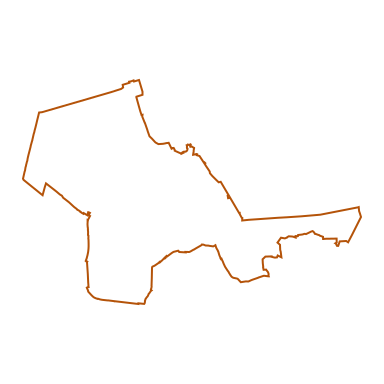 the district of Nijkerk, Gelderland, Netherlands
{"feature_id": "6326949B35923239833945", "entity_name": "Nijkerk", "entity_type": "district", "adm_level": 2, "iso_a3": "NLD", "parent_name": "Netherlands", "parent_adm1": "Gelderland", "projection": "albers", "projection_center": [5.5, 52.215], "detail": "fine", "context": "isolated", "style": "outline", "palette": "amber", "viewbox_px": 384, "rotation_deg": 0, "n_neighbors": 0, "source": "geoboundaries", "source_scale": "gbopen_adm2", "svg_char_len": 5654}
<svg xmlns="http://www.w3.org/2000/svg" viewBox="0 0 384 384"><path d="M39.1,112.5L37.1,120.6L36.5,123.2L35.4,127.7L35.2,128.4L35.0,129.1L34.6,130.6L34.3,132.1L33.7,134.0L32.6,138.8L32.4,139.5L32.4,140.0L32.0,141.2L31.5,143.0L30.7,145.9L30.6,146.7L29.5,151.0L28.5,154.8L28.1,156.5L27.9,157.3L27.6,158.7L27.3,160.8L26.9,161.8L26.5,163.5L26.1,165.0L26.0,165.8L25.5,167.4L25.0,170.7L24.7,171.3L24.5,172.1L24.1,173.9L23.2,177.9L23.0,178.7L23.5,179.7L23.6,179.9L32.6,187.2L37.7,191.3L40.9,193.9L42.6,195.2L43.8,190.8L44.8,187.1L46.0,183.4L56.5,191.6L59.9,194.5L61.9,195.7L63.2,197.8L64.8,199.0L68.9,202.2L73.9,206.8L75.3,207.9L76.8,209.0L76.9,209.3L77.1,209.6L78.0,210.1L78.4,210.2L80.5,211.7L80.4,211.9L81.0,212.3L82.0,213.0L83.4,213.8L83.7,213.1L87.4,215.3L87.6,214.3L88.2,212.2L89.2,212.5L89.9,212.9L89.6,213.3L88.7,215.3L90.0,216.0L89.6,216.7L89.0,218.0L87.9,219.9L87.8,220.6L87.9,220.8L87.8,221.0L87.6,220.8L87.6,222.6L87.5,224.1L87.6,225.9L87.7,227.2L87.8,227.3L87.9,228.4L87.9,229.4L88.0,229.8L87.9,230.0L88.1,232.0L88.0,235.1L88.4,235.5L88.4,238.3L88.3,238.8L88.5,239.5L88.6,244.0L88.6,246.3L88.5,248.5L88.4,249.7L88.1,252.2L87.5,255.2L86.8,257.8L86.8,258.0L85.7,261.0L86.2,261.4L86.8,261.3L87.3,261.6L87.0,262.1L87.8,273.9L88.2,282.7L88.4,285.0L88.4,286.4L88.6,287.0L87.4,287.3L86.8,287.7L87.6,289.5L88.1,290.7L88.2,291.6L91.2,294.9L92.5,296.2L93.4,297.0L94.3,297.6L95.9,298.3L97.6,298.9L97.9,298.7L100.0,299.4L102.0,299.8L107.3,300.4L108.2,300.4L113.8,301.1L114.3,301.3L114.6,301.3L114.6,301.2L138.4,304.0L138.4,303.3L144.2,303.9L144.5,303.5L144.8,302.8L144.9,301.9L145.0,301.5L144.9,300.9L145.1,300.4L145.3,299.9L145.3,299.7L145.5,299.0L145.9,298.6L146.1,298.2L146.7,297.3L147.4,296.6L147.7,296.2L148.3,294.9L148.6,294.2L148.7,293.8L149.3,293.3L149.7,292.6L150.8,291.1L151.1,290.7L151.6,290.4L151.4,290.2L150.9,289.9L150.9,289.4L151.4,288.0L151.6,286.7L151.6,285.8L151.5,285.2L151.6,284.7L151.6,284.2L151.6,283.8L151.6,283.7L151.8,277.9L152.0,267.8L152.2,267.0L152.4,266.7L153.2,266.3L154.4,265.8L156.2,264.6L159.1,262.6L159.4,262.7L159.7,262.5L159.3,262.2L159.6,261.9L159.8,262.1L161.9,260.6L164.5,257.9L164.9,258.4L165.8,257.6L165.9,257.3L165.6,256.9L166.6,255.9L167.2,256.4L171.9,252.9L173.5,251.9L178.2,250.7L178.7,251.2L179.2,252.0L185.6,252.4L185.5,251.9L189.2,252.0L190.4,251.5L193.3,249.8L193.7,249.6L193.9,249.6L196.0,248.3L200.4,245.8L201.8,244.9L202.0,244.5L202.4,244.6L203.2,244.6L203.6,244.7L205.6,245.5L208.5,245.6L209.2,245.8L213.2,246.4L213.5,246.3L215.4,245.2L216.2,247.6L216.6,248.5L217.9,250.7L217.9,251.0L218.3,251.7L219.1,254.4L219.5,255.6L220.6,258.1L220.5,258.3L221.0,259.2L221.5,259.0L221.6,258.9L222.2,260.3L222.8,261.5L223.6,263.6L225.1,266.8L227.7,270.8L228.0,271.1L228.7,272.1L228.8,272.5L230.2,274.7L230.3,275.0L230.7,275.4L231.1,276.1L231.5,276.6L232.1,277.1L232.6,277.4L233.1,277.7L233.8,277.9L236.8,278.5L237.6,278.8L238.3,279.4L238.5,279.7L239.9,281.2L240.8,282.2L245.2,281.5L245.9,281.4L248.2,281.5L248.6,281.4L251.2,280.2L252.5,279.7L258.0,277.8L258.4,277.6L258.5,277.5L258.9,277.4L263.7,275.8L264.4,275.8L268.1,276.3L268.7,276.3L268.4,275.4L268.6,274.7L268.5,273.5L268.0,272.2L267.7,271.7L266.6,270.4L266.1,269.6L263.6,269.8L263.1,267.4L263.2,267.2L263.1,266.9L263.2,266.6L262.8,263.3L262.6,259.3L265.4,256.6L271.3,256.4L271.2,256.7L274.3,257.5L275.0,257.6L277.0,257.4L277.7,255.5L281.4,257.3L281.1,254.9L280.7,251.7L280.2,249.9L280.0,244.8L279.8,244.6L277.5,242.6L281.0,237.7L284.9,238.4L287.1,237.5L287.2,237.2L288.7,236.3L292.1,236.5L293.2,236.7L295.7,237.6L295.7,237.4L295.3,236.9L295.3,236.5L295.4,236.1L295.5,236.1L295.8,236.0L297.3,236.3L297.6,236.2L297.9,236.1L298.1,235.0L299.7,234.8L300.8,234.7L302.3,234.5L303.1,234.3L304.2,233.9L305.2,233.9L306.0,234.1L306.6,233.8L308.7,232.8L311.1,231.6L312.3,231.2L312.6,231.1L313.4,231.7L314.3,232.7L314.8,233.8L315.2,233.9L315.3,233.8L316.9,234.4L318.3,234.9L319.1,235.1L319.7,235.5L319.9,235.7L323.0,236.8L323.1,239.0L323.4,239.0L323.4,238.8L323.9,238.8L336.6,238.6L336.7,242.5L335.4,243.3L335.9,243.6L336.6,245.1L337.0,245.5L337.1,245.9L338.2,245.9L339.7,241.4L346.2,241.0L348.1,242.3L351.9,235.1L361.0,217.0L360.0,213.7L359.1,211.1L358.7,207.1L358.2,207.3L320.3,214.7L301.5,216.3L286.5,217.3L277.5,217.8L273.3,218.1L259.2,219.1L248.9,219.8L242.2,220.5L242.3,218.0L241.8,217.9L239.8,214.2L239.7,212.9L239.1,213.0L230.1,197.7L230.1,197.8L228.1,198.2L227.7,195.8L228.9,195.7L220.7,181.8L218.7,182.3L216.3,180.0L212.3,176.0L210.0,173.3L209.9,173.1L209.7,171.5L206.0,166.0L204.5,163.6L205.2,163.1L204.4,162.3L203.9,162.7L199.5,156.0L196.8,155.2L197.1,154.2L196.6,154.0L193.1,154.8L193.1,154.5L193.2,154.4L193.4,152.7L193.6,152.2L193.7,150.0L194.0,148.8L194.1,148.2L194.1,147.9L193.9,147.8L192.9,147.3L191.9,146.6L191.4,146.6L190.3,146.8L190.2,146.7L190.8,144.7L190.5,144.3L189.0,145.0L188.0,144.6L187.9,144.9L186.7,145.2L187.0,146.4L186.9,147.5L187.0,148.2L187.5,148.6L187.4,149.8L186.8,150.9L186.1,151.4L185.9,151.4L185.6,151.7L185.2,151.7L184.5,151.7L183.8,151.7L182.9,152.1L182.6,152.3L183.2,152.9L181.3,153.8L181.2,153.5L178.9,152.6L174.7,150.7L174.7,149.8L174.5,149.5L174.0,148.4L173.7,148.0L173.0,148.3L172.8,148.0L172.7,148.0L172.2,148.0L171.5,148.6L168.7,142.8L167.5,143.0L166.3,143.1L165.2,143.4L163.0,143.8L158.4,144.1L155.7,142.6L155.1,142.1L151.9,138.6L149.5,136.3L147.8,131.5L147.2,129.5L144.9,122.9L144.8,122.7L144.7,122.7L142.3,116.7L142.3,115.9L142.4,115.5L142.5,114.8L141.5,115.0L141.4,114.6L140.3,111.3L138.8,106.0L136.3,97.0L136.4,96.7L142.5,94.8L142.5,91.7L139.0,80.0L134.0,81.5L133.6,80.4L131.2,81.3L129.1,81.7L129.4,82.8L122.7,84.8L123.1,87.5L121.2,88.9L111.2,92.1L42.0,112.2L39.1,112.5Z" fill="none" stroke="#b45309" stroke-width="2"/></svg>